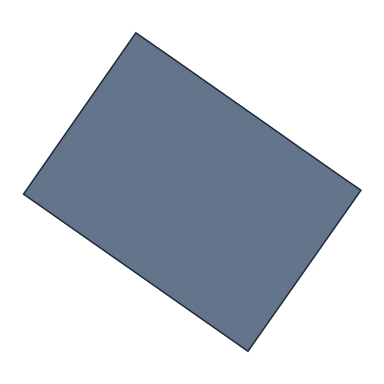 the district of Emmet, Iowa, United States of America, rotated 35°
{"feature_id": "52423323B99839165344534", "entity_name": "Emmet", "entity_type": "district", "adm_level": 2, "iso_a3": "USA", "parent_name": "United States of America", "parent_adm1": "Iowa", "projection": "mercator", "projection_center": [-94.714, 43.378], "detail": "fine", "context": "isolated", "style": "filled", "palette": "slate", "viewbox_px": 384, "rotation_deg": 35, "n_neighbors": 0, "source": "geoboundaries", "source_scale": "gbopen_adm2", "svg_char_len": 352}
<svg xmlns="http://www.w3.org/2000/svg" viewBox="0 0 384 384"><g transform="rotate(35 192 192)"><path d="M329.2,290.4L329.4,93.7L326.9,93.6L313.3,93.8L260.7,93.8L257.8,93.9L228.6,93.7L89.6,93.6L87.7,93.6L86.3,93.7L79.0,93.7L78.2,93.7L70.6,93.7L54.7,93.8L55.0,221.2L55.2,290.4L329.2,290.4Z" fill="#64748b" stroke="#1e293b" stroke-width="1.5"/></g></svg>